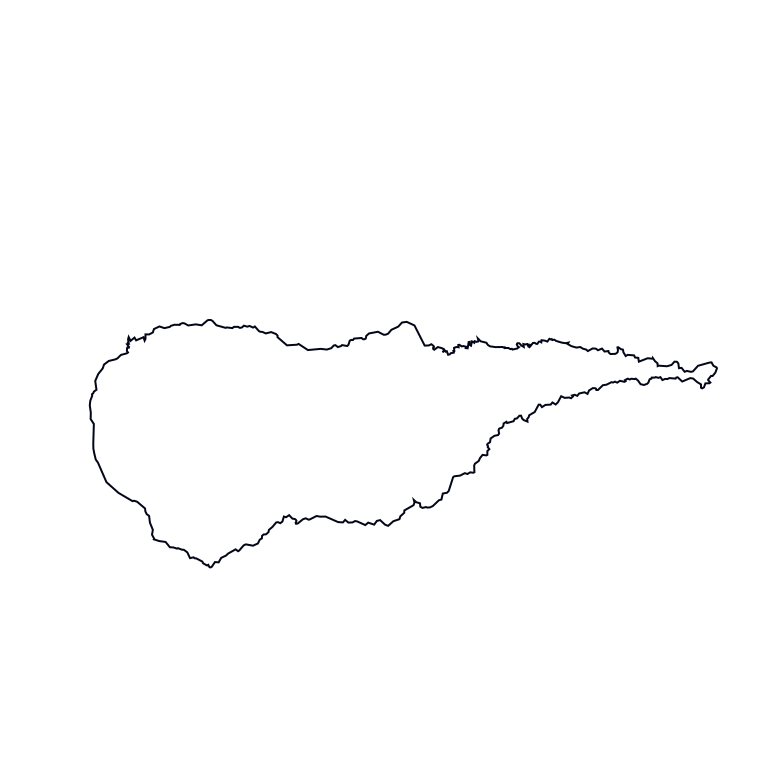 the district of Xico, Veracruz, Mexico, rotated 326°
{"feature_id": "50627088B25862533799100", "entity_name": "Xico", "entity_type": "district", "adm_level": 2, "iso_a3": "MEX", "parent_name": "Mexico", "parent_adm1": "Veracruz", "projection": "albers", "projection_center": [-97.003, 19.446], "detail": "fine", "context": "isolated", "style": "outline", "palette": "ink", "viewbox_px": 768, "rotation_deg": 326, "n_neighbors": 0, "source": "geoboundaries", "source_scale": "gbopen_adm2", "svg_char_len": 6165}
<svg xmlns="http://www.w3.org/2000/svg" viewBox="0 0 768 768"><g transform="rotate(326 384 384)"><path d="M107.4,379.2L106.9,384.2L106.5,384.3L109.9,388.6L114.6,392.8L115.2,399.6L118.1,401.8L120.4,404.8L121.4,404.9L123.7,408.2L125.4,409.6L126.8,413.6L125.8,419.9L129.2,421.2L129.5,422.5L130.9,423.7L134.1,429.6L133.8,431.5L135.8,435.5L137.2,435.6L136.9,438.3L137.7,439.1L139.1,439.2L144.3,437.1L147.2,439.4L151.8,437.1L157.1,437.9L159.8,437.4L168.5,438.1L169.5,441.0L170.8,441.1L177.5,439.3L179.8,439.7L185.0,444.8L190.3,445.7L193.9,443.6L196.4,443.7L198.0,441.7L200.0,441.4L202.0,442.6L203.7,442.5L205.6,442.1L207.0,440.6L211.6,440.1L217.2,438.5L218.8,439.2L220.2,441.4L222.9,441.2L226.9,437.9L228.3,439.7L232.0,439.7L232.8,444.4L234.6,446.1L235.0,447.3L234.9,448.5L233.1,449.7L232.9,450.7L234.5,451.4L241.2,450.8L244.0,451.6L245.7,454.4L246.9,454.8L254.2,455.7L256.9,458.3L261.4,461.2L268.8,472.9L272.6,475.8L275.8,474.9L277.0,479.0L280.6,481.2L283.3,481.4L284.9,482.9L289.6,490.5L293.4,490.1L297.2,495.1L301.5,493.5L304.7,494.7L306.2,501.2L308.1,503.9L315.1,503.0L321.2,504.7L323.6,502.8L328.7,502.1L330.2,500.2L340.7,501.0L343.0,499.3L343.9,496.8L344.6,500.0L347.1,503.0L345.5,506.1L346.7,508.3L350.0,509.5L350.7,510.6L353.1,512.0L356.2,512.5L364.5,511.1L367.0,511.9L371.5,507.7L375.4,509.4L377.8,508.9L389.2,499.9L390.6,499.8L395.9,502.5L401.1,503.1L402.9,505.3L406.0,505.4L408.4,507.5L409.6,507.7L413.1,502.1L414.9,500.9L419.4,500.8L422.4,499.0L426.1,497.9L428.9,500.4L430.0,500.6L432.2,497.4L434.9,496.9L434.7,494.3L435.5,493.7L435.5,492.1L436.4,491.5L439.4,491.5L441.9,488.8L446.6,488.7L450.0,490.1L451.7,489.5L453.0,486.5L454.5,485.4L457.5,486.2L459.8,485.2L461.1,483.6L464.4,483.8L464.2,485.2L470.6,487.3L473.0,486.0L474.9,486.9L478.5,486.0L479.9,486.9L479.2,489.9L479.6,491.9L481.9,495.4L483.2,493.0L485.2,492.5L486.9,491.1L493.3,491.5L500.7,487.6L502.0,488.6L502.0,491.5L506.1,491.6L510.7,494.3L513.3,493.5L514.9,497.0L518.0,496.4L524.0,493.2L526.1,496.6L529.9,498.7L531.1,500.4L533.7,500.0L533.5,498.7L536.1,499.6L537.6,501.9L540.5,501.0L545.6,503.0L547.2,506.0L550.4,504.0L554.9,504.2L556.8,505.7L557.1,506.3L556.7,507.7L558.0,508.6L564.8,507.4L568.1,509.0L573.6,509.7L574.8,510.9L576.8,511.2L578.1,513.3L581.4,513.3L584.6,516.7L586.0,516.7L586.0,515.5L589.1,515.9L590.3,517.7L592.1,518.0L594.5,520.1L595.7,520.3L596.5,523.2L596.6,527.6L599.0,530.2L602.3,531.0L603.9,530.7L606.9,528.6L608.7,529.1L609.5,528.4L612.0,530.1L613.1,530.2L614.9,532.3L617.0,532.9L617.0,536.4L620.0,537.0L621.7,538.4L623.8,538.6L628.8,542.6L629.8,542.1L631.2,542.6L632.6,548.7L641.2,550.4L643.3,552.3L644.7,557.5L646.6,561.6L644.7,564.3L645.3,565.5L647.4,565.7L650.8,563.2L654.3,565.4L655.4,565.3L654.9,562.2L655.3,561.5L659.7,560.2L660.9,561.1L665.0,559.9L668.8,557.2L669.0,556.3L667.3,553.1L667.6,549.2L665.7,548.2L654.5,544.5L647.2,546.3L645.3,545.6L642.4,542.5L640.1,542.0L639.7,537.0L637.4,535.8L639.5,531.6L639.3,529.4L637.3,527.9L633.0,529.0L628.5,527.5L622.0,522.4L620.9,522.2L622.3,519.8L621.4,516.5L621.4,512.8L620.9,513.3L617.0,510.1L607.8,508.0L609.4,504.5L607.0,502.5L607.3,500.1L602.3,496.1L600.0,496.0L600.2,491.7L601.3,489.1L599.9,487.7L598.8,484.5L598.0,484.2L597.0,486.6L595.7,488.1L594.3,488.5L592.7,488.4L588.5,485.8L587.9,483.6L588.5,482.2L585.0,480.4L584.5,476.5L580.3,475.7L579.4,473.2L576.9,471.2L571.4,470.7L570.9,468.6L568.5,465.7L567.4,463.1L563.9,461.4L560.5,457.4L558.6,453.5L560.0,452.8L557.6,451.9L554.7,449.3L550.9,444.7L549.9,442.4L548.3,441.8L548.2,440.7L547.6,440.8L546.4,439.0L543.2,440.2L541.6,438.0L539.1,435.8L537.7,437.4L537.1,436.1L536.0,435.5L533.6,436.5L532.7,435.9L531.9,434.1L530.4,433.3L527.6,434.1L527.2,433.5L526.6,434.5L525.2,434.8L524.7,433.6L524.8,432.7L525.2,433.0L525.6,432.4L525.4,431.1L523.1,430.1L521.9,428.8L520.6,431.4L519.4,428.8L519.0,426.0L517.4,424.8L516.2,425.4L515.8,428.1L516.4,428.9L514.3,429.1L509.8,427.3L509.7,426.3L508.2,425.7L507.3,423.7L504.9,422.1L504.7,421.3L504.1,421.6L503.1,419.7L497.1,415.8L492.9,412.0L491.9,409.5L492.0,407.1L488.0,402.6L487.3,398.7L486.5,401.0L485.7,401.4L484.1,400.7L483.1,399.2L481.9,400.3L480.8,397.9L477.5,400.9L476.7,399.0L478.6,397.0L477.6,396.6L473.3,401.2L471.8,399.9L472.8,398.9L471.0,396.9L469.5,396.3L468.4,393.6L467.4,393.2L466.4,395.3L464.7,393.8L462.3,393.2L460.7,396.0L460.0,395.5L459.4,397.0L456.5,395.8L455.1,396.2L453.5,395.6L454.4,392.1L453.4,391.8L453.6,391.0L453.1,390.6L450.3,390.3L453.1,389.7L453.1,388.7L451.8,389.0L452.9,388.6L452.1,386.7L449.3,383.5L444.8,383.7L444.4,382.4L444.9,381.5L446.1,381.3L446.4,380.4L445.5,377.5L442.7,377.1L439.2,374.9L442.0,352.5L437.6,345.2L433.3,343.1L427.9,344.4L420.4,343.2L415.5,344.6L412.9,344.0L411.3,343.0L408.2,337.3L399.8,333.7L396.2,334.2L394.3,336.1L392.9,336.0L391.7,335.2L391.1,333.3L384.6,329.6L382.9,330.2L381.4,329.1L379.9,328.9L376.3,331.7L374.7,331.9L371.0,328.3L369.5,328.5L366.4,327.6L365.4,324.6L363.9,324.0L360.3,324.8L355.9,323.5L351.2,319.5L339.9,313.3L335.6,303.0L333.9,302.8L325.2,297.7L321.9,285.6L322.8,284.4L322.5,282.3L319.5,277.9L314.2,275.9L312.4,272.9L310.5,271.4L309.9,270.1L309.1,264.1L307.0,264.0L305.0,260.7L302.7,260.0L300.5,257.3L297.9,257.7L295.9,256.9L295.0,255.0L293.6,254.1L291.5,252.7L289.6,252.9L285.3,249.2L284.1,248.9L277.9,241.6L277.1,235.8L276.4,234.3L274.5,232.9L273.2,232.5L265.7,233.4L261.3,229.3L254.4,226.0L252.5,222.2L251.2,220.9L248.5,220.3L247.8,220.8L243.4,217.7L239.7,216.6L238.4,216.9L233.2,214.9L230.0,210.7L224.0,209.8L221.2,212.0L217.1,211.6L214.0,209.5L211.5,213.2L209.8,214.2L210.7,210.7L202.9,209.2L203.1,206.0L198.0,206.5L198.6,202.3L196.8,203.8L195.5,206.7L195.0,206.5L194.9,208.0L193.2,207.3L193.3,210.8L192.7,211.2L192.0,210.2L191.1,210.5L189.3,212.9L189.4,214.7L188.1,214.8L182.2,212.8L177.2,213.7L174.9,213.3L168.7,211.0L162.8,211.3L159.5,213.8L152.7,215.9L146.3,220.0L142.4,228.0L139.2,228.1L137.9,229.0L136.2,229.2L135.5,230.6L131.2,233.6L128.2,237.1L124.8,244.0L121.2,249.0L121.1,254.9L110.1,270.2L107.0,274.9L105.0,279.5L102.8,285.4L102.9,289.2L99.0,310.2L103.0,325.8L110.0,340.5L111.5,341.0L113.5,343.6L116.3,353.5L114.9,356.3L114.5,359.2L115.5,362.0L112.4,368.1L110.8,375.7L107.4,379.2Z" fill="none" stroke="#020617" stroke-width="2"/></g></svg>